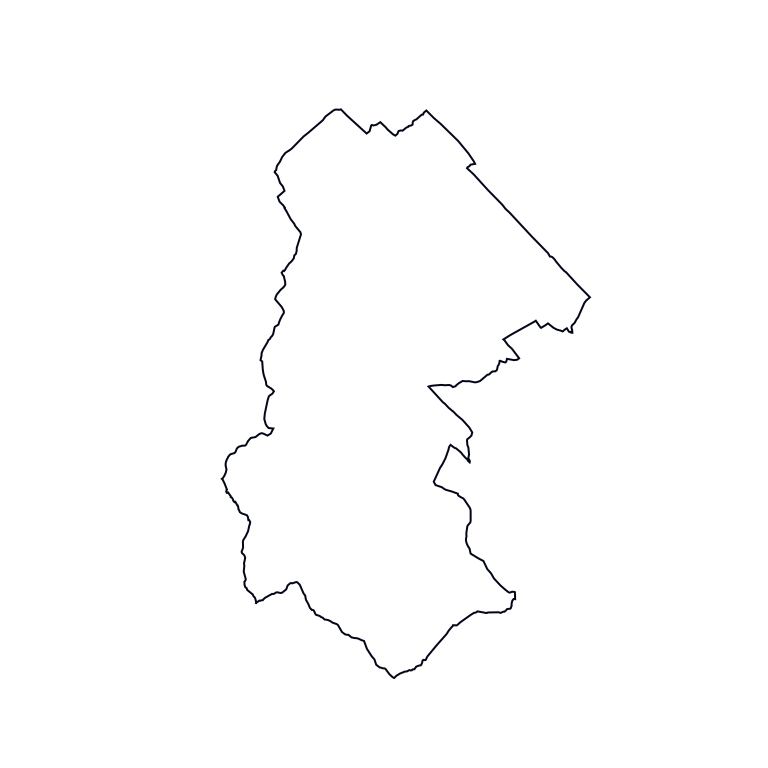 Margaritesti, Buzau, Romania, rotated 240°
{"feature_id": "2599482B16167443688776", "entity_name": "Margaritesti", "entity_type": "district", "adm_level": 2, "iso_a3": "ROU", "parent_name": "Romania", "parent_adm1": "Buzau", "projection": "robinson", "projection_center": [26.823, 45.435], "detail": "fine", "context": "isolated", "style": "outline", "palette": "ink", "viewbox_px": 768, "rotation_deg": 240, "n_neighbors": 0, "source": "geoboundaries", "source_scale": "gbopen_adm2", "svg_char_len": 6166}
<svg xmlns="http://www.w3.org/2000/svg" viewBox="0 0 768 768"><g transform="rotate(240 384 384)"><path d="M356.1,605.7L373.3,601.2L389.6,597.6L391.6,596.7L396.0,595.6L404.2,594.2L406.3,594.1L409.6,593.3L410.9,592.3L411.5,591.4L415.2,591.5L437.9,585.7L469.8,578.4L474.9,576.8L480.1,576.1L500.3,570.9L520.6,566.5L529.4,563.8L530.0,564.8L529.9,567.0L530.7,568.5L529.1,573.0L531.8,573.1L541.6,572.4L557.5,569.7L580.7,563.2L589.3,560.2L599.7,557.4L599.1,554.2L597.8,552.6L598.4,551.3L597.0,544.5L597.2,542.6L597.0,540.5L596.1,539.6L594.3,538.4L594.3,536.9L595.1,534.3L594.6,533.7L594.9,531.5L594.1,526.8L595.1,525.5L595.8,523.2L593.9,520.6L593.4,518.0L595.6,516.7L602.6,514.3L605.2,513.9L612.6,511.7L612.3,507.0L613.1,504.3L614.4,502.9L614.3,502.2L610.1,497.9L609.6,494.2L634.7,486.2L643.4,484.0L643.9,482.3L645.6,479.8L646.1,478.5L646.2,477.3L644.9,467.0L643.0,462.9L639.4,443.8L638.6,438.2L634.1,422.1L633.7,419.4L633.5,414.3L632.1,410.8L631.4,409.2L628.5,404.9L626.7,401.0L625.8,399.8L623.2,397.6L622.9,396.2L622.1,395.2L617.6,396.0L610.1,394.5L605.7,395.2L601.0,394.4L599.3,385.6L594.1,384.7L589.3,386.0L586.3,386.3L586.2,385.8L582.0,385.9L573.5,385.6L567.3,386.4L565.6,386.1L557.1,387.5L555.1,386.9L545.5,376.5L542.8,374.8L540.7,372.7L540.2,370.6L537.9,368.7L536.4,365.1L535.8,362.1L533.3,356.9L532.4,355.6L531.8,354.0L532.5,353.5L531.6,351.0L528.7,350.8L527.6,351.2L521.7,349.4L519.4,348.2L518.5,346.6L517.9,344.8L517.2,341.4L515.1,335.8L513.3,333.5L511.8,332.1L501.9,333.9L497.8,333.8L496.5,333.3L495.4,332.5L494.4,330.4L492.1,326.8L490.1,324.2L488.2,322.2L488.1,318.2L487.7,317.5L483.5,313.8L482.2,312.3L481.5,310.9L481.1,309.3L480.1,307.9L479.8,305.6L478.5,304.1L474.1,296.2L471.9,293.4L470.2,292.4L466.4,289.0L464.4,289.8L457.0,286.2L453.9,285.0L451.3,284.2L445.0,282.9L442.3,281.7L440.8,281.7L436.8,283.9L434.7,284.7L432.7,285.0L431.4,282.4L431.2,279.1L430.8,278.0L427.9,274.9L418.1,266.1L413.5,262.8L408.4,261.5L406.0,261.5L403.5,262.1L400.8,265.9L397.7,261.2L397.6,257.6L397.6,257.3L401.5,254.6L402.5,253.5L402.9,252.4L402.9,250.1L402.3,246.2L403.9,241.6L402.5,237.6L400.3,234.1L400.1,232.9L401.4,230.5L402.3,226.8L401.8,224.5L399.5,221.5L399.1,220.7L399.0,219.8L399.8,216.4L399.8,215.2L398.9,212.7L398.0,211.6L397.3,210.2L395.1,207.7L392.7,206.1L388.8,204.9L386.4,202.7L384.5,200.1L383.1,197.5L382.9,196.2L382.3,196.5L377.8,196.2L371.1,195.2L371.0,194.6L370.1,194.1L369.8,193.6L368.4,193.4L368.1,193.6L368.1,194.7L363.4,195.2L362.7,194.7L361.8,195.4L359.9,195.5L358.3,195.1L356.4,195.5L356.5,196.2L355.7,196.4L352.2,196.2L351.9,196.6L349.3,195.9L348.4,195.3L347.1,195.4L345.1,195.1L343.2,196.0L339.0,199.6L337.1,199.7L333.9,198.5L333.5,199.2L331.4,199.1L330.1,198.2L328.7,196.5L324.5,192.7L321.1,187.8L319.5,184.6L318.7,183.6L318.1,183.0L312.7,180.1L309.9,176.8L308.6,176.5L305.6,177.4L302.9,176.9L298.4,172.9L296.6,172.3L291.6,168.7L284.1,166.7L283.1,165.7L282.5,164.2L279.8,162.8L277.4,162.3L275.7,163.0L274.2,162.5L267.4,165.1L265.3,164.9L263.3,165.4L259.5,164.4L257.7,163.1L258.5,164.3L258.7,167.8L258.2,168.3L258.2,168.9L257.4,171.0L257.8,171.7L258.3,174.2L258.2,182.1L257.5,183.1L257.3,183.9L257.4,186.3L257.1,187.2L254.6,190.1L254.2,191.4L255.0,196.6L257.7,199.8L258.3,203.1L258.2,203.8L257.2,204.9L256.6,208.0L256.3,209.1L255.7,209.7L252.3,210.7L242.7,209.6L240.3,210.0L236.1,208.5L231.6,208.5L227.2,207.9L224.4,208.5L223.9,209.4L223.2,209.9L218.7,209.6L218.2,209.7L215.3,212.3L213.4,213.1L212.3,214.1L209.9,214.7L207.7,217.4L205.8,218.8L202.8,220.3L199.7,223.0L198.4,223.6L190.2,223.6L186.7,225.1L185.6,226.2L184.5,227.8L180.8,229.2L178.5,231.7L178.1,232.5L176.4,234.4L173.1,236.7L171.5,238.2L163.1,236.8L154.4,237.2L150.3,238.0L144.8,236.9L140.7,238.5L139.8,239.7L138.7,240.4L137.3,242.4L136.6,242.8L129.9,243.6L126.1,244.8L124.5,245.6L124.3,246.0L125.2,249.1L125.1,250.9L125.3,252.4L124.9,255.9L124.6,256.6L124.7,257.7L123.6,260.3L123.6,262.8L122.8,263.6L122.2,264.8L122.5,266.0L121.8,267.7L123.1,270.6L122.7,273.4L122.0,275.2L122.1,275.7L123.5,277.6L125.3,279.2L125.3,280.4L124.3,281.5L124.2,282.2L126.3,285.2L131.5,299.2L136.1,313.0L138.1,316.9L139.5,320.6L140.0,322.5L140.6,323.2L138.7,326.1L138.6,326.9L139.5,331.1L140.7,343.9L140.8,347.8L140.3,348.7L140.1,350.2L140.4,351.2L134.3,358.4L134.2,359.7L129.0,369.1L127.4,370.6L127.2,373.4L126.6,374.4L126.8,376.0L127.5,377.9L127.1,379.2L126.3,380.8L126.4,381.6L128.2,383.7L129.9,384.6L132.2,386.8L133.0,388.7L132.1,390.0L138.3,393.3L138.7,393.0L140.1,391.0L140.2,389.5L140.5,388.5L141.5,387.7L145.5,386.1L151.4,384.1L160.6,382.0L166.7,382.0L172.0,380.9L181.0,381.6L185.9,378.5L193.8,374.2L198.7,375.8L201.2,375.6L204.1,375.8L206.5,376.4L208.4,377.2L210.9,379.3L213.5,380.6L219.2,385.1L219.7,386.0L220.9,389.5L222.3,390.7L231.0,395.7L232.3,396.2L234.2,396.4L244.0,395.7L245.3,395.4L247.5,394.0L249.9,392.7L250.9,392.6L252.1,393.1L257.3,388.7L261.1,385.0L262.4,384.0L265.8,382.4L270.7,378.1L274.5,378.2L283.4,390.7L285.3,394.5L288.9,400.0L295.2,407.4L296.1,408.0L297.4,409.7L298.0,411.2L293.7,413.0L292.1,414.3L286.0,416.5L283.3,416.8L278.8,417.8L277.6,418.3L275.3,418.4L273.3,419.0L273.8,419.5L274.9,419.9L277.6,419.9L280.4,422.4L286.8,425.3L289.5,425.7L293.9,427.8L294.5,428.5L294.9,431.3L295.6,433.9L297.9,436.2L303.7,436.1L313.6,434.0L321.0,431.3L324.5,430.5L331.0,428.1L336.6,426.8L338.7,425.9L359.5,421.3L358.9,423.7L357.8,426.3L355.3,431.6L354.5,433.3L352.6,435.9L350.5,440.0L349.1,441.3L346.9,442.1L346.3,444.8L346.8,446.1L347.3,449.4L347.3,453.6L345.1,456.8L344.0,459.0L340.0,463.5L339.5,464.5L338.7,467.7L338.6,469.0L340.3,478.1L339.8,479.4L339.8,480.1L340.6,483.3L340.5,484.6L339.4,486.5L339.5,488.4L340.7,489.8L342.6,491.4L343.4,493.1L344.6,494.5L346.2,495.7L346.0,496.3L344.0,497.7L342.0,499.8L342.2,501.0L344.3,503.1L339.6,508.6L338.4,511.6L338.7,513.9L350.6,512.4L355.7,510.8L361.6,510.2L362.9,509.7L363.2,517.9L362.8,545.3L362.9,547.1L355.7,547.7L354.1,548.1L354.2,553.2L354.5,556.3L347.9,558.9L344.7,560.9L341.9,563.7L340.2,565.0L340.8,568.5L340.8,570.2L336.9,570.3L335.8,571.2L335.8,571.6L335.1,571.6L334.2,572.7L335.9,573.6L339.4,574.7L340.7,575.9L341.6,579.6L343.6,582.8L344.8,585.5L354.1,598.2L355.2,600.9L356.1,605.7Z" fill="none" stroke="#020617" stroke-width="2"/></g></svg>